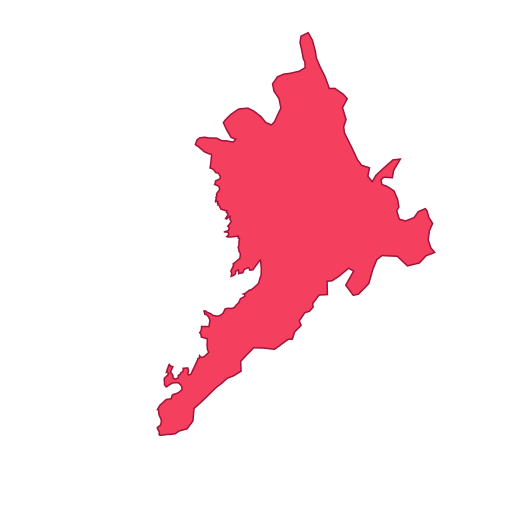 the district of Meladeia, Paphos, Cyprus, rotated 225°
{"feature_id": "46923920B22026130701227", "entity_name": "Meladeia", "entity_type": "district", "adm_level": 2, "iso_a3": "CYP", "parent_name": "Cyprus", "parent_adm1": "Paphos", "projection": "natural_earth1", "projection_center": [32.505, 34.991], "detail": "fine", "context": "isolated", "style": "filled", "palette": "rose", "viewbox_px": 512, "rotation_deg": 225, "n_neighbors": 0, "source": "geoboundaries", "source_scale": "gbopen_adm2", "svg_char_len": 4456}
<svg xmlns="http://www.w3.org/2000/svg" viewBox="0 0 512 512"><g transform="rotate(225 256 256)"><path d="M187.4,73.2L186.6,77.9L182.5,85.1L184.0,94.8L192.0,104.3L191.4,115.9L191.2,135.0L190.3,141.4L189.9,149.1L187.1,155.5L185.1,164.0L192.3,170.6L192.7,180.1L192.7,189.5L186.0,195.9L176.9,203.2L174.3,220.1L171.5,222.9L175.0,229.7L175.0,233.7L175.0,238.8L179.5,240.7L180.1,243.8L181.4,250.4L179.1,254.8L179.5,260.3L182.3,262.5L183.8,273.0L178.2,279.2L187.9,288.4L184.7,292.2L183.0,300.5L181.9,312.8L176.3,314.4L171.9,298.8L159.4,297.0L156.6,301.4L156.6,311.5L156.8,316.3L163.9,329.1L168.0,338.8L167.2,345.4L155.9,355.7L141.9,356.1L138.4,361.9L135.6,366.4L135.9,376.5L132.7,383.6L132.2,384.9L133.8,385.1L137.9,385.3L145.7,389.2L151.3,396.6L154.1,403.9L154.5,404.0L161.0,405.5L166.9,408.8L169.8,409.2L172.6,402.2L171.4,395.0L175.0,386.5L180.7,383.4L188.6,387.5L189.6,391.7L196.2,396.3L204.4,399.6L212.4,398.0L217.5,395.6L221.4,398.2L221.4,402.0L214.9,407.8L219.2,413.8L222.5,426.6L227.1,420.8L227.6,413.1L228.0,406.4L228.2,397.5L226.3,390.7L233.3,391.5L238.1,398.6L245.5,394.8L252.7,395.9L263.2,399.8L280.5,405.6L285.4,409.4L288.8,416.2L299.7,422.0L302.7,431.7L308.6,432.1L318.8,430.3L322.6,426.3L334.2,431.7L344.5,435.1L353.2,438.6L358.7,442.7L365.8,446.8L368.8,448.5L369.9,448.8L377.0,450.8L379.6,443.3L375.8,438.0L369.4,434.0L362.2,429.0L358.7,427.8L354.4,423.9L356.1,417.2L361.0,409.4L365.0,404.2L367.5,397.9L366.0,389.4L359.9,385.3L351.1,383.6L343.0,378.2L340.5,371.0L337.8,363.9L337.7,359.6L343.5,357.3L351.0,358.1L360.1,356.9L366.3,354.8L370.1,350.3L372.2,347.6L373.9,338.5L373.9,330.2L373.4,327.2L365.8,324.4L361.6,323.3L357.5,322.2L352.9,324.3L352.7,320.4L354.6,319.1L357.9,316.9L362.0,313.2L367.2,311.5L373.0,305.9L376.3,303.7L379.4,299.7L379.8,296.6L377.8,292.0L377.6,292.0L376.3,292.0L374.7,292.6L372.4,292.7L370.9,292.8L369.0,293.0L367.1,293.1L365.2,293.5L363.8,294.1L361.8,294.9L360.8,295.4L360.1,296.0L359.4,296.3L358.8,296.0L353.4,289.4L350.7,285.7L348.5,286.9L346.0,287.0L343.4,286.5L341.2,288.0L337.4,287.0L336.1,285.2L337.7,280.2L336.6,279.3L335.9,277.3L332.4,278.8L330.1,278.5L329.0,277.4L328.3,276.1L328.3,274.0L327.7,271.8L326.2,270.8L325.9,269.2L324.7,268.5L323.8,266.7L323.0,265.8L322.6,267.0L321.3,267.5L320.8,266.1L319.5,266.1L319.2,265.2L318.3,265.8L313.9,264.3L308.3,267.3L308.0,266.1L305.0,265.8L304.0,260.9L303.0,261.3L302.7,264.0L302.3,265.6L300.2,263.4L298.3,263.0L297.7,262.4L297.6,260.7L297.2,259.8L297.2,258.6L297.0,257.0L295.3,257.3L294.1,255.8L293.7,254.5L294.1,253.3L295.7,250.2L294.7,251.3L293.1,252.7L291.9,252.8L290.8,252.3L290.3,250.6L290.4,249.0L289.4,249.5L287.3,251.6L286.3,252.8L284.0,255.7L282.5,257.7L281.3,256.1L280.0,256.6L279.6,256.2L278.0,253.8L276.0,252.1L274.8,249.6L270.7,247.1L268.6,246.6L266.3,243.7L265.8,242.5L266.0,240.5L266.0,239.2L266.6,234.2L265.8,234.0L264.8,232.4L263.2,227.6L262.0,227.1L260.5,226.1L259.2,224.0L258.0,226.8L258.0,229.1L259.2,230.3L259.5,231.4L258.5,233.6L255.7,231.3L254.5,233.6L253.8,234.0L253.6,235.1L254.8,238.2L254.3,239.5L253.3,242.1L252.1,242.5L250.5,241.5L249.9,242.2L248.4,244.0L250.2,255.2L249.9,256.3L243.3,250.8L238.6,245.8L237.4,242.8L236.7,241.8L234.8,238.3L235.0,232.7L235.6,228.5L236.6,227.2L237.2,221.9L238.0,220.3L236.8,220.9L235.4,219.4L236.8,214.8L235.2,210.8L235.3,207.3L234.9,204.6L235.9,201.9L238.2,199.9L239.4,198.5L240.4,196.8L239.3,193.7L238.8,191.3L239.6,187.7L241.2,185.8L244.2,183.7L247.4,183.1L251.1,181.6L253.3,181.3L253.9,180.3L253.6,180.2L250.8,178.6L249.6,179.6L246.5,179.4L243.2,178.1L239.4,172.8L244.7,167.7L242.5,165.2L241.4,161.8L240.0,161.9L237.3,160.0L235.5,161.1L231.9,162.9L229.1,160.2L228.4,159.1L224.3,155.6L221.3,154.4L221.5,148.0L222.5,146.2L223.7,145.5L225.4,145.6L223.8,143.6L224.6,142.5L223.8,141.2L218.5,126.5L219.3,124.4L221.0,124.5L222.6,127.2L225.1,128.6L228.1,125.1L226.0,122.8L226.6,120.3L225.9,118.7L226.6,116.7L224.8,115.0L226.1,111.6L228.5,111.2L230.7,113.0L232.8,113.3L234.3,113.3L236.6,119.0L238.2,117.8L240.7,118.0L240.5,117.3L237.7,111.3L237.1,110.5L237.0,111.2L235.1,111.2L234.2,109.3L234.3,104.5L231.5,102.0L229.6,100.2L227.1,99.9L226.6,100.6L226.3,103.2L225.2,107.3L223.0,109.8L221.2,111.5L217.0,111.5L213.9,109.5L214.1,105.2L215.0,102.4L216.5,100.0L216.7,97.9L215.0,95.1L218.0,91.2L218.4,82.4L217.1,77.7L216.2,78.2L212.4,75.2L206.7,72.9L204.0,69.4L204.5,64.8L202.8,63.9L200.7,63.5L199.2,62.5L198.3,61.2L197.0,61.3L191.8,68.0L190.6,69.0L187.4,73.2Z" fill="#f43f5e" stroke="#9f1239" stroke-width="1.5"/></g></svg>